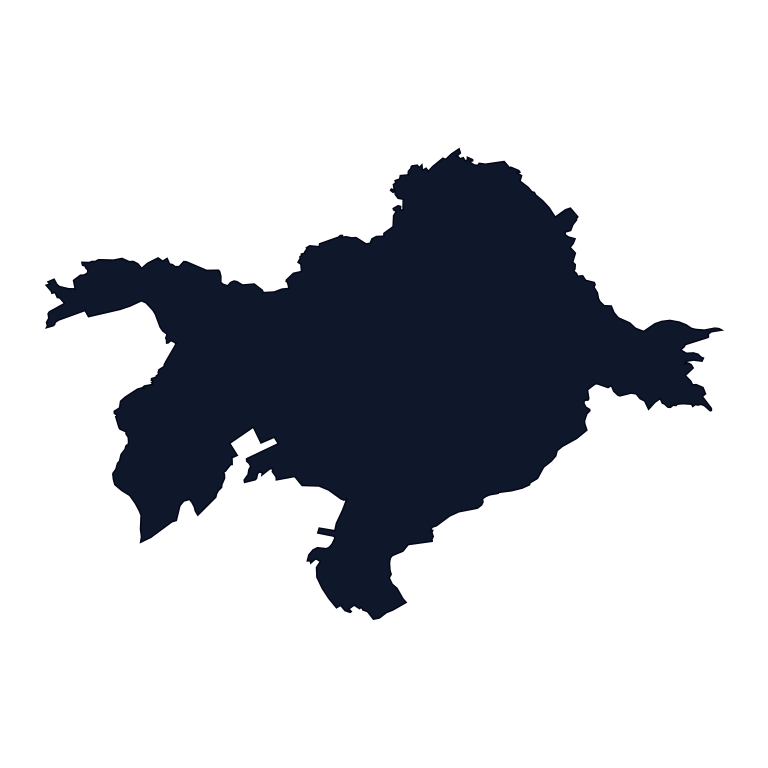 the district of Ileanda, Salaj, Romania
{"feature_id": "2599482B39654987935311", "entity_name": "Ileanda", "entity_type": "district", "adm_level": 2, "iso_a3": "ROU", "parent_name": "Romania", "parent_adm1": "Salaj", "projection": "natural_earth1", "projection_center": [23.607, 47.339], "detail": "fine", "context": "isolated", "style": "filled", "palette": "ink", "viewbox_px": 768, "rotation_deg": 0, "n_neighbors": 0, "source": "geoboundaries", "source_scale": "gbopen_adm2", "svg_char_len": 6093}
<svg xmlns="http://www.w3.org/2000/svg" viewBox="0 0 768 768"><path d="M373.4,619.2L379.4,618.0L386.4,612.6L392.9,610.0L406.2,602.4L402.9,598.7L397.0,588.3L392.2,584.2L389.2,577.9L391.2,574.3L390.0,570.5L389.5,562.9L390.3,558.1L392.3,555.6L403.0,551.1L408.2,544.6L432.2,541.3L432.0,538.9L433.3,536.5L431.9,532.7L432.7,530.4L430.4,530.4L432.2,527.2L436.4,525.8L449.6,516.0L458.8,511.8L477.4,508.2L481.6,505.0L483.0,502.0L482.5,498.8L485.6,496.6L489.4,494.9L498.3,493.3L498.7,492.4L511.4,490.8L522.2,488.1L529.5,484.8L530.0,482.9L537.5,478.4L543.6,467.2L551.3,461.1L555.8,455.9L557.1,450.7L562.2,446.5L576.7,438.4L586.9,430.1L584.8,423.9L584.5,420.8L586.9,413.8L589.9,410.8L589.7,409.5L585.8,407.1L583.9,403.3L584.1,401.5L585.1,400.1L587.8,400.2L588.8,398.8L587.5,389.8L595.2,383.9L597.6,383.9L608.1,387.6L611.3,385.5L613.7,391.2L618.0,395.3L619.9,395.9L631.1,393.1L636.2,393.9L640.1,398.7L644.7,401.0L648.6,409.3L654.7,402.5L660.2,398.5L662.3,403.2L664.5,404.0L667.9,407.2L670.5,407.4L672.8,405.3L676.0,405.5L677.3,404.2L682.7,403.7L691.6,404.2L692.7,406.5L695.6,404.5L697.9,405.1L700.9,404.3L704.3,405.6L710.2,410.8L711.4,410.5L711.4,408.4L702.8,397.1L702.9,395.8L705.6,393.9L703.0,387.5L696.2,384.6L692.6,384.9L690.7,381.0L685.2,375.5L693.2,368.0L691.3,364.8L689.2,363.5L687.0,362.8L685.0,364.0L686.1,361.3L693.6,360.1L702.0,361.2L703.5,358.1L700.9,357.1L698.0,354.2L693.4,352.9L686.4,353.3L680.7,349.9L684.1,346.9L685.4,344.6L707.8,337.5L708.5,336.9L708.3,334.1L711.3,331.8L721.9,330.1L719.0,328.6L714.9,328.1L704.4,330.1L695.5,329.4L691.3,328.3L686.1,324.8L679.3,322.1L669.9,320.4L661.8,321.4L655.0,323.7L643.7,331.4L635.5,328.3L629.7,322.9L618.3,317.8L614.0,312.6L611.3,306.0L604.2,305.7L599.8,301.4L598.3,298.1L597.5,293.0L594.0,287.2L595.1,284.6L594.3,282.5L585.6,280.3L582.7,275.8L577.6,276.2L576.6,273.5L573.6,270.9L574.9,269.2L575.3,264.6L572.7,262.2L575.4,253.1L570.1,247.4L573.2,243.5L575.1,238.8L568.5,237.0L565.4,234.9L565.1,233.9L565.7,231.1L567.0,231.6L570.7,230.5L572.8,224.8L576.6,219.9L576.2,219.1L577.8,216.8L570.4,208.1L565.6,209.7L555.2,217.1L549.1,207.7L542.6,200.7L535.7,195.0L534.4,192.5L531.8,191.7L528.1,187.3L520.0,181.1L521.6,175.7L517.2,172.9L519.9,172.1L518.7,170.5L510.8,167.2L509.9,168.2L504.2,161.5L485.4,164.2L479.2,163.3L477.7,165.4L474.2,164.9L470.4,162.5L470.5,161.3L472.7,160.8L472.6,159.6L467.4,157.3L467.5,159.7L465.3,161.1L463.2,157.6L460.1,158.8L458.0,156.4L456.7,156.2L460.4,153.0L459.1,148.8L451.4,154.0L445.7,159.4L442.9,158.2L432.6,166.6L428.3,171.3L426.1,168.2L422.5,170.4L421.9,164.8L419.6,167.2L418.6,167.1L417.4,165.2L412.4,165.8L411.4,166.3L410.7,168.7L408.4,171.2L408.1,174.9L400.3,175.6L399.7,179.0L395.1,180.6L395.8,182.9L393.4,184.5L394.3,190.1L391.4,189.0L390.5,190.3L393.1,192.4L395.0,191.2L395.2,194.4L398.1,198.3L403.2,199.2L403.0,210.3L400.3,209.7L400.7,206.5L398.2,205.7L393.2,208.5L393.6,209.9L396.3,211.4L393.6,215.6L393.1,226.6L383.9,233.4L383.9,236.2L376.4,236.5L372.0,238.8L370.1,243.3L366.0,243.9L356.1,237.6L351.6,237.9L346.2,236.7L342.2,237.3L342.5,235.5L340.5,235.4L338.3,237.2L319.6,243.8L319.2,246.7L309.7,245.8L306.4,247.8L306.9,249.0L304.7,252.0L304.9,253.1L301.4,254.0L301.7,255.5L300.0,256.6L300.1,258.6L298.0,262.3L300.9,264.2L301.5,271.5L293.4,273.3L286.4,280.0L286.1,281.3L287.5,282.4L289.0,288.4L281.9,289.1L274.2,292.0L263.3,292.6L262.3,290.2L254.2,284.0L242.5,285.0L236.9,281.6L234.0,281.0L230.5,282.5L228.0,285.6L226.3,285.4L222.8,284.1L220.8,282.3L220.9,276.2L219.6,271.4L218.5,270.2L206.6,270.4L186.2,261.7L183.7,261.6L179.2,266.6L175.0,266.6L172.5,264.6L169.6,264.0L167.1,258.4L162.7,261.2L158.1,257.9L147.6,263.2L141.6,268.4L138.0,263.9L133.3,261.4L129.4,261.7L122.0,258.4L113.6,260.1L98.5,259.7L95.2,261.5L92.1,261.4L89.2,262.5L81.9,262.3L82.5,265.2L85.2,266.1L85.8,268.0L87.6,269.7L87.8,272.7L84.2,275.0L80.4,275.2L73.5,280.4L75.2,288.9L68.4,288.7L59.3,286.5L56.9,284.4L54.1,279.2L47.9,281.9L49.9,284.1L46.1,285.2L51.3,291.3L51.9,293.3L55.1,292.5L57.3,297.5L59.8,297.9L64.6,303.4L49.4,311.8L48.1,313.7L48.8,318.2L46.5,322.4L47.4,325.8L46.4,327.7L53.1,325.8L54.5,324.7L55.3,322.2L58.8,320.0L85.0,310.5L88.5,316.7L120.1,309.4L130.4,305.9L141.4,300.8L146.1,302.9L152.8,310.1L155.3,314.1L160.2,327.3L162.7,330.9L167.1,334.2L165.7,338.3L166.5,339.5L166.6,343.1L168.2,342.9L170.9,340.5L175.3,342.7L175.5,343.8L176.4,343.4L166.1,361.1L164.2,364.8L164.2,366.4L158.9,369.8L158.1,372.6L158.8,374.0L156.3,375.9L155.8,377.3L151.6,378.6L151.3,380.3L153.0,380.9L152.6,382.4L151.6,382.5L152.6,384.0L152.2,384.5L144.3,386.0L143.2,387.0L143.7,388.3L142.2,387.8L137.5,389.1L125.2,397.1L120.6,401.2L119.5,407.9L114.2,411.3L114.4,413.5L116.7,414.7L116.6,416.2L115.7,416.6L118.9,427.3L119.8,429.0L126.0,431.8L126.0,434.0L128.2,437.2L128.6,442.3L127.7,445.5L126.8,445.1L125.8,446.2L125.1,449.2L121.1,454.4L119.5,461.2L117.6,463.2L115.8,469.5L113.3,472.7L112.8,474.0L113.4,479.3L114.8,484.6L121.5,490.3L129.8,495.5L135.3,503.3L139.3,510.8L141.1,515.3L140.5,529.2L141.5,536.8L140.6,542.3L150.9,537.3L171.9,521.8L176.3,520.5L179.9,505.7L183.7,501.1L189.5,499.4L191.9,502.3L194.3,506.9L195.3,511.0L197.8,515.2L215.8,497.2L216.5,494.0L218.3,490.6L221.6,487.4L221.8,484.7L224.6,478.2L224.4,474.1L223.5,472.3L225.4,471.2L230.6,464.6L232.2,464.5L232.0,457.7L237.3,455.4L229.7,443.3L253.3,427.1L261.0,443.0L274.3,437.2L278.3,443.7L246.5,458.8L246.7,461.3L248.9,463.1L250.7,466.3L248.9,469.6L248.1,474.5L244.1,480.1L244.6,482.4L255.1,479.8L256.5,478.5L257.6,473.6L259.2,472.0L262.3,472.7L261.9,475.1L269.7,468.9L271.9,468.6L272.8,469.9L272.3,471.6L276.1,476.9L276.3,479.9L294.7,476.5L302.1,485.5L319.0,486.0L328.6,490.0L341.1,499.0L343.9,500.1L346.7,499.2L342.6,510.1L336.4,523.3L334.8,530.7L319.2,528.1L317.7,533.0L334.4,536.3L334.7,538.5L332.0,544.2L329.3,547.2L326.4,548.7L317.4,547.7L313.0,549.9L308.9,554.8L307.3,560.9L310.4,560.9L310.7,563.1L315.8,558.7L320.4,561.4L316.5,567.5L316.9,577.2L322.3,588.5L328.8,598.4L336.5,607.8L340.6,605.3L345.0,610.6L350.2,612.4L351.3,611.5L348.8,609.0L354.1,605.1L359.6,608.7L360.7,607.4L362.4,608.5L362.8,609.9L367.5,611.6L373.4,619.2Z" fill="#0f172a" stroke="#020617" stroke-width="1.5"/></svg>